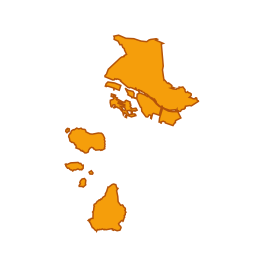 Central 2 Mahe, Mont Fleuri, Seychelles, rotated 155°
{"feature_id": "34574756B38092183622343", "entity_name": "Central 2 Mahe", "entity_type": "district", "adm_level": 2, "iso_a3": "SYC", "parent_name": "Seychelles", "parent_adm1": "Mont Fleuri", "projection": "robinson", "projection_center": [55.478, -4.632], "detail": "fine", "context": "isolated", "style": "filled", "palette": "amber", "viewbox_px": 256, "rotation_deg": 155, "n_neighbors": 0, "source": "geoboundaries", "source_scale": "gbopen_adm2", "svg_char_len": 5961}
<svg xmlns="http://www.w3.org/2000/svg" viewBox="0 0 256 256"><g transform="rotate(155 128 128)"><path d="M76.0,121.8L73.4,120.9L71.7,122.0L68.8,121.4L68.1,122.1L67.7,121.9L66.8,123.4L62.8,122.4L61.2,121.3L52.9,122.4L52.8,122.9L53.5,123.7L53.5,125.1L53.1,125.9L53.4,126.5L54.1,126.8L54.7,126.1L56.6,126.9L57.8,128.6L59.5,129.8L57.1,130.7L56.3,132.1L56.9,133.3L58.3,134.5L58.6,135.7L59.6,135.4L60.6,135.9L60.7,137.5L60.1,138.7L60.9,142.0L63.0,142.5L64.4,143.5L65.2,142.3L66.8,143.2L67.7,142.6L70.5,144.2L72.3,146.0L69.6,145.3L70.7,146.5L70.8,147.4L70.3,148.0L72.1,151.6L72.7,151.3L73.4,152.1L74.6,156.1L75.2,156.1L72.2,166.1L69.9,169.2L62.3,190.0L60.3,189.8L65.6,195.8L63.8,196.0L64.7,197.0L70.1,198.7L71.8,198.9L74.5,198.3L79.5,201.3L85.0,206.5L92.0,210.2L97.3,216.1L102.0,217.2L102.0,216.1L103.1,214.2L100.3,210.9L100.1,206.8L98.4,206.3L98.7,203.3L97.8,201.5L98.2,200.4L98.2,195.3L100.9,195.3L101.3,194.4L103.9,195.0L105.8,194.6L121.0,189.6L124.8,185.9L126.7,185.2L127.2,184.2L121.4,177.9L119.9,177.5L119.1,178.2L118.0,177.0L117.3,177.2L115.6,175.8L114.4,174.2L114.9,173.7L111.0,165.1L109.7,163.8L108.9,163.8L107.6,162.8L105.2,160.0L104.3,161.0L104.0,160.7L104.3,158.8L102.9,157.7L102.8,154.8L105.4,154.7L107.5,151.2L109.9,153.3L107.8,156.8L108.0,159.0L112.0,162.2L113.7,165.3L113.4,158.6L114.1,158.2L111.4,154.4L112.1,153.4L111.1,153.9L107.7,150.7L107.9,141.6L107.2,141.0L108.4,137.4L107.0,130.6L105.9,129.8L105.1,129.8L103.2,131.0L101.8,129.6L103.3,127.3L102.9,126.6L99.8,130.4L98.6,130.5L94.2,126.3L89.3,132.3L88.5,131.1L95.2,123.6L97.3,120.3L96.3,119.6L96.3,118.9L95.5,117.9L96.2,119.6L93.2,119.3L91.8,117.7L92.0,116.8L86.2,111.2L83.3,113.1L82.8,112.8L81.8,114.6L75.8,114.8L76.0,121.8ZM76.0,121.8L81.1,124.2L84.2,126.2L90.7,134.6L92.2,138.0L93.2,142.3L95.3,146.2L95.3,147.1L92.9,144.2L93.3,143.7L92.4,142.4L91.7,142.9L91.6,142.4L92.4,142.1L92.4,141.7L91.8,141.6L91.3,140.5L91.8,140.2L91.4,139.7L91.7,138.5L90.0,134.3L88.6,132.9L88.2,133.5L87.8,133.3L88.1,132.4L86.5,130.1L82.8,126.5L77.4,124.6L77.5,123.7L76.8,123.3L75.7,124.2L76.0,123.2L75.4,122.7L76.4,122.2L76.0,121.8ZM96.7,150.8L95.5,148.0L95.8,147.6L97.1,148.2L98.6,150.7L102.5,154.7L102.7,157.5L101.9,158.7L102.2,157.8L100.0,155.8L100.4,155.4L98.2,153.1L98.2,152.3L96.7,150.8ZM181.3,39.5L178.5,38.8L176.4,40.6L176.3,41.7L177.1,44.1L177.0,45.3L173.0,46.8L172.2,46.6L172.0,45.6L171.6,45.8L169.4,48.3L168.9,48.4L168.3,50.3L167.2,50.5L166.2,52.4L165.5,52.5L165.6,54.8L164.9,55.0L164.4,56.4L165.4,58.8L165.2,59.9L165.5,60.6L167.3,61.1L168.1,65.4L166.2,70.3L164.8,76.1L162.6,77.5L163.5,78.5L163.0,81.9L164.2,82.6L164.4,83.2L166.2,83.5L170.8,82.5L171.1,82.9L174.3,79.4L176.4,77.9L176.5,77.2L177.5,76.2L180.1,75.8L182.0,74.7L182.7,75.1L183.4,74.5L184.5,75.1L184.8,74.7L186.9,74.5L189.0,73.2L190.9,73.1L191.6,72.3L191.7,71.1L192.1,71.0L194.2,67.5L195.6,66.8L195.4,66.0L198.0,60.9L199.6,61.6L201.3,60.7L201.7,61.6L203.2,61.0L202.7,60.5L202.0,60.8L202.1,59.9L202.7,59.5L202.3,57.7L202.4,52.7L201.8,52.3L200.8,49.0L199.7,48.5L199.9,47.9L198.4,48.8L197.4,47.9L196.8,48.2L195.2,47.3L194.0,47.4L192.6,45.8L191.8,46.0L191.0,45.1L185.5,43.7L184.6,43.1L185.2,42.4L184.4,41.4L183.4,41.6L181.3,39.5ZM161.0,118.9L157.8,119.1L157.5,120.4L156.8,120.8L156.5,122.1L155.8,122.8L155.4,124.7L154.5,125.6L154.4,127.5L153.5,128.5L153.5,132.5L154.2,134.4L157.0,136.0L162.9,137.5L164.9,138.7L167.7,142.2L167.4,144.0L167.8,145.0L170.0,146.3L170.6,147.7L173.0,147.9L174.5,149.6L177.5,149.1L178.2,149.6L180.6,149.3L182.5,147.2L183.3,147.3L184.7,146.4L185.5,145.1L185.4,143.7L186.1,140.8L185.0,138.7L184.1,138.3L183.1,136.9L183.3,135.4L182.6,135.0L182.7,134.1L182.9,132.5L183.6,132.0L180.9,129.2L180.2,127.2L179.2,127.0L179.2,126.2L178.6,126.0L177.6,123.6L176.1,123.0L174.1,123.1L173.0,124.6L170.9,125.8L169.2,125.9L167.9,124.7L168.0,123.6L167.4,123.2L166.7,121.6L162.7,120.2L162.2,119.3L161.2,119.4L161.0,118.9ZM120.5,139.9L122.0,138.5L120.2,136.6L115.6,135.9L115.5,136.9L116.3,137.1L116.0,137.9L118.0,138.8L117.6,140.5L116.4,141.4L114.5,140.9L114.5,140.3L112.2,140.3L112.3,142.3L112.9,142.3L112.9,142.8L116.7,143.7L116.9,144.5L116.3,144.6L117.0,146.4L115.9,147.3L116.2,147.7L115.5,148.5L116.0,149.2L115.1,150.7L117.9,153.9L119.3,153.6L119.9,152.6L121.6,153.8L122.5,152.7L122.8,151.8L121.0,150.7L121.6,149.4L126.6,154.5L125.4,156.0L124.4,154.9L124.9,154.2L124.0,152.9L122.4,154.7L125.2,158.5L126.1,157.9L126.5,159.1L125.1,159.9L126.2,160.9L126.2,162.0L125.4,162.9L126.2,163.7L126.9,162.6L127.6,163.7L126.9,164.4L128.6,165.9L129.9,163.7L128.7,162.7L128.0,161.0L129.3,160.3L132.3,160.6L133.4,158.6L134.3,154.6L133.8,153.9L131.7,155.3L130.2,154.6L130.3,153.3L132.3,152.8L132.2,152.1L129.3,151.9L128.4,150.3L127.4,149.7L126.7,147.0L124.8,147.9L125.7,150.7L123.2,149.0L122.3,147.4L122.4,145.9L123.4,145.1L124.9,146.7L126.5,146.2L126.0,144.8L126.6,141.9L124.7,143.2L124.0,142.0L123.7,141.0L124.1,140.2L125.3,140.0L126.0,139.3L125.0,138.1L123.9,140.1L122.9,139.3L121.4,139.9L121.8,140.2L121.7,142.5L122.0,142.6L121.6,144.1L118.7,143.2L118.9,142.7L117.9,142.3L119.1,138.9L120.6,139.6L120.5,139.9ZM187.2,109.8L185.7,110.4L184.3,113.2L185.3,113.5L185.8,115.9L186.9,116.3L187.8,117.9L194.6,120.6L198.8,120.7L199.5,121.1L199.4,121.6L200.0,121.6L199.7,121.0L200.3,120.4L200.3,119.3L199.8,117.1L198.6,116.7L198.3,115.4L197.5,114.1L196.8,113.9L196.3,112.4L195.3,112.5L195.3,112.2L195.1,112.8L194.6,112.9L193.2,112.1L190.7,112.1L189.3,110.4L187.1,110.2L187.2,109.8ZM130.8,175.6L130.2,175.2L130.5,174.3L129.8,175.1L128.2,174.1L123.9,170.1L125.1,168.0L123.6,169.7L120.0,165.9L116.5,169.6L120.9,174.3L126.7,178.2L129.0,177.4L130.8,175.6ZM193.6,93.4L190.3,94.4L190.2,95.4L188.3,98.5L188.8,100.6L191.2,101.2L193.4,100.2L194.7,99.0L194.7,97.6L196.6,96.6L196.9,95.7L194.2,94.3L193.6,93.4ZM185.3,149.5L183.5,150.1L183.0,149.7L181.6,151.8L181.7,152.3L183.0,153.2L183.8,152.4L184.1,152.9L185.2,152.4L185.9,151.2L185.3,149.5ZM181.9,102.3L179.7,101.2L178.7,102.0L179.3,104.8L182.0,104.4L181.9,102.3Z" fill="#f59e0b" stroke="#b45309" stroke-width="1.5"/></g></svg>